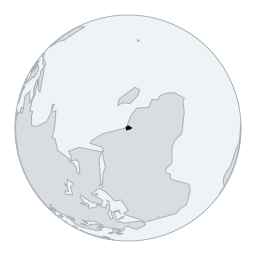 the Earth from above Tanga, rotated 212°
{"feature_id": "TZA-3395", "entity_name": "Tanga", "entity_type": "Region", "adm_level": 1, "iso_a3": "TZA", "parent_name": "United Republic of Tanzania", "parent_adm1": "", "projection": "orthographic", "projection_center": [38.386, -5.115], "detail": "fine", "context": "on_globe", "style": "filled", "palette": "ink", "viewbox_px": 256, "rotation_deg": 212, "n_neighbors": 0, "source": "natural_earth", "source_scale": "10m", "svg_char_len": 6845}
<svg xmlns="http://www.w3.org/2000/svg" viewBox="0 0 256 256"><g transform="rotate(212 128 128)"><circle cx="128" cy="128" r="113" fill="#eef3f6" stroke="#a8b0b8"/><path d="M15.6,120.0L15.5,124.3L15.4,127.4L15.5,127.9L15.5,129.9L17.8,131.6L20.4,135.9L21.3,142.7L21.1,151.2L25.3,168.2L26.1,174.6L29.3,181.4L35.1,191.7L30.6,184.6L26.6,177.2L23.3,169.4L20.5,161.5L18.3,153.4L16.7,145.1L15.7,136.8L15.4,128.4L15.6,120.0ZM58.1,216.4L58.4,216.5L58.6,216.8L58.1,216.4ZM156.8,19.1L157.0,19.2L165.4,21.8L173.5,25.0L181.4,28.8L188.9,33.2L196.0,38.2L202.7,43.7L209.0,49.7L214.8,56.2L214.9,56.6L212.5,53.6L213.9,55.7L216.2,58.5L216.9,58.9L219.2,62.5L223.2,68.1L226.6,73.9L229.4,82.6L228.0,84.2L228.5,86.1L226.4,83.3L225.9,86.5L231.6,98.8L232.2,102.1L230.3,107.3L229.9,104.8L224.5,97.4L225.1,105.2L229.3,112.9L230.7,121.4L228.3,118.0L226.5,110.6L224.6,107.8L224.0,100.9L220.2,90.4L217.5,91.6L216.6,87.6L211.0,79.0L206.6,80.7L200.4,90.1L201.4,100.4L198.4,104.7L190.3,89.2L187.0,79.4L183.9,80.1L175.7,71.8L161.1,70.7L159.2,68.3L156.3,69.3L150.6,66.9L147.8,63.2L144.3,63.4L151.9,73.4L155.7,73.3L159.1,69.6L160.5,73.2L166.1,76.8L159.3,85.6L137.8,93.7L136.0,86.0L121.5,66.4L122.1,64.3L122.1,64.0L121.9,63.6L120.2,67.1L117.9,63.5L125.2,76.7L126.3,82.7L137.5,94.2L136.3,95.4L140.0,97.8L152.3,95.0L152.3,97.7L146.3,109.9L129.6,127.1L132.0,139.1L131.2,149.5L121.3,156.5L122.8,164.7L117.7,167.7L117.8,172.4L114.0,177.5L107.6,182.5L96.1,183.1L95.0,178.9L88.5,170.9L79.4,151.6L81.9,142.5L80.7,135.7L72.4,121.4L74.2,113.2L72.1,110.0L67.7,111.2L65.3,107.5L62.7,107.7L46.7,112.6L42.2,108.2L37.7,94.0L40.8,87.6L42.0,80.9L64.1,56.6L68.1,57.1L84.8,52.9L86.7,53.5L84.0,58.2L95.8,63.3L100.6,59.1L112.1,61.9L120.2,61.7L124.5,53.0L111.2,53.1L109.6,49.1L120.9,45.5L132.7,46.1L132.4,44.6L125.6,41.3L129.0,38.8L123.4,40.0L125.2,41.4L121.7,42.4L119.8,41.2L121.1,40.2L117.7,39.7L112.6,44.8L113.9,46.8L104.7,48.1L105.9,51.8L103.2,53.6L100.0,48.3L100.8,46.2L94.5,41.3L92.8,43.4L98.7,48.4L96.6,48.1L94.3,51.6L94.3,48.7L88.4,43.3L80.5,45.4L69.3,54.9L64.9,56.3L61.8,55.2L67.0,46.5L76.2,44.5L78.2,41.9L77.3,38.9L80.2,38.7L80.9,37.4L84.5,36.8L90.5,33.3L94.3,32.6L97.6,29.1L99.9,28.4L97.3,30.6L97.5,32.0L107.0,31.2L109.1,30.4L110.5,28.3L112.9,28.6L113.0,26.7L118.9,25.9L111.8,25.4L113.3,23.5L117.3,22.1L116.5,21.5L109.9,24.0L108.4,25.1L109.2,26.0L104.0,29.7L100.5,30.5L101.1,26.9L96.3,27.8L98.9,25.0L115.2,19.4L121.6,18.6L130.0,20.5L128.0,21.4L123.9,21.0L126.8,22.9L127.0,22.0L129.0,22.4L130.9,21.1L132.4,21.4L131.6,19.9L133.7,20.1L134.2,21.0L138.7,19.9L143.3,20.3L143.6,20.0L142.6,19.5L149.1,20.7L149.0,20.4L146.9,19.8L145.4,19.0L145.2,18.2L147.4,18.6L147.8,19.0L151.9,20.7L152.6,21.9L153.5,22.0L153.5,21.1L148.4,19.0L147.7,18.4L150.4,19.3L149.3,18.9L149.7,18.8L152.1,19.2L149.3,18.2L149.9,17.5L156.8,19.1ZM55.8,67.9L55.0,69.8L55.8,67.9ZM144.7,51.8L152.0,52.5L149.4,47.2L152.0,47.2L150.1,45.6L149.1,46.9L144.7,42.6L148.1,41.5L147.5,39.5L145.0,39.2L139.6,42.1L145.9,48.0L143.9,50.0L144.7,51.8ZM81.7,32.0L82.6,32.4L80.7,33.9L76.0,35.7L78.6,33.4L81.7,32.0ZM84.3,32.8L86.2,29.2L89.2,28.3L87.2,29.3L89.0,29.1L86.2,30.8L87.2,33.8L85.7,35.4L77.7,37.2L81.2,35.6L80.1,35.1L84.3,32.8ZM85.8,24.7L86.7,23.9L92.1,22.7L90.7,23.6L85.8,25.2L84.7,25.1L85.8,24.7ZM114.6,16.2L114.8,16.1L111.6,16.6L112.0,16.5L109.3,16.9L106.8,17.5L105.4,17.7L105.0,17.8L103.3,18.2L102.2,18.5L99.4,19.2L97.9,19.7L97.5,19.7L95.7,20.5L95.8,20.2L93.5,21.0L94.6,20.8L82.2,25.1L80.7,25.8L88.9,22.4L97.3,19.6L105.9,17.5L114.6,16.2ZM89.4,51.6L91.0,51.7L93.6,51.3L92.3,53.7L89.4,51.6ZM85.2,47.9L86.7,47.5L86.0,50.3L84.4,50.4L85.2,47.9ZM88.1,45.0L86.8,47.3L86.5,46.1L88.1,45.0ZM98.8,30.2L100.5,29.8L100.4,30.3L99.2,31.1L98.8,30.2ZM118.7,16.6L117.7,16.5L118.4,16.4L118.5,16.0L120.9,15.9L121.7,16.0L118.7,16.6ZM121.9,54.4L119.3,56.1L118.2,55.3L119.3,54.9L121.9,54.4ZM104.8,54.6L108.5,55.6L104.4,55.3L104.8,54.6ZM121.3,16.4L121.1,16.2L122.4,16.3L121.3,16.4ZM122.6,15.8L124.3,15.8L121.2,15.8L122.6,15.8ZM165.8,206.5L166.5,208.1L164.8,208.1L165.8,206.5ZM150.8,148.0L143.5,166.3L138.1,166.3L136.9,160.9L139.4,149.7L145.7,146.7L148.7,141.8L150.8,148.0ZM237.6,145.0L238.0,146.1L237.9,146.6L237.6,145.0ZM237.3,142.6L237.9,143.4L237.0,143.6L237.3,142.6ZM238.1,143.7L238.7,143.4L239.0,142.8L238.8,143.9L238.1,143.7ZM236.7,142.2L232.8,139.7L230.9,137.5L231.6,135.7L234.7,137.6L236.7,142.2ZM231.5,135.6L228.3,128.9L221.9,111.8L224.2,112.6L230.5,123.6L230.1,125.2L232.1,130.2L231.5,135.6ZM238.2,128.9L237.8,133.7L235.9,132.0L234.9,130.6L234.2,123.8L234.6,120.9L235.5,121.4L237.7,112.5L238.7,115.8L238.4,119.7L239.1,124.6L238.2,128.9ZM201.9,101.5L204.7,108.1L202.9,108.9L201.9,101.5ZM237.5,106.0L237.3,109.7L237.1,104.4L237.5,106.0ZM236.7,100.7L237.2,103.1L236.5,100.5L236.7,100.7ZM229.5,89.1L228.5,89.2L228.0,87.6L228.8,86.6L229.5,89.1ZM229.1,79.0L231.0,83.4L231.5,84.8L230.2,81.8L229.1,79.0ZM141.3,17.0L138.5,17.4L138.0,18.2L140.2,19.0L135.9,18.3L136.6,17.1L141.3,17.0ZM148.8,17.3L148.6,17.3L147.3,17.0L148.8,17.3ZM146.0,16.8L146.9,17.0L143.1,16.4L142.7,16.3L146.0,16.8ZM132.1,15.7L131.1,15.8L130.1,15.7L132.1,15.7ZM223.8,187.2L218.7,191.0L218.6,189.1L221.0,185.9L225.7,175.0L225.9,175.5L228.7,168.5L233.1,164.5L237.1,155.1L236.8,157.2L236.9,156.9L234.5,164.8L231.5,172.5L227.9,180.0L223.8,187.2ZM238.4,147.1L239.3,144.0L238.4,147.1ZM240.4,133.9L240.4,135.2L240.4,133.8L240.4,133.9ZM240.4,134.9L240.4,134.6L240.5,133.5L240.5,134.0L240.4,134.9ZM239.5,126.1L239.7,129.5L240.2,128.3L239.8,130.5L239.8,136.3L239.5,138.0L239.6,131.8L239.0,137.4L238.8,137.0L238.9,131.8L239.4,126.2L239.6,124.1L240.4,124.7L239.5,126.1ZM240.6,127.9L240.6,129.7L240.6,125.8L240.6,123.7L240.6,124.5L240.6,127.9ZM240.0,116.6L239.2,111.9L239.0,112.8L238.9,108.5L239.7,113.6L240.0,116.6ZM238.5,107.2L238.4,108.0L238.2,105.4L238.5,107.2ZM238.1,106.6L237.5,103.8L237.9,104.6L238.1,106.6ZM238.7,107.6L237.8,103.1L238.4,106.1L238.7,107.6ZM236.0,97.6L237.6,102.9L236.4,99.8L233.9,91.1L234.2,91.4L236.0,97.6Z" fill="#d9dde1" stroke="#a8b0b8" stroke-width="1"/><path d="M128.1,126.0L128.4,126.3L128.6,126.4L128.7,126.5L128.9,126.7L129.1,126.8L129.4,127.0L129.6,127.1L129.6,127.3L129.6,127.5L129.4,127.6L129.5,127.7L129.5,127.8L129.4,127.8L129.5,127.9L129.5,128.0L129.4,128.0L129.3,128.3L129.3,128.2L129.3,128.5L129.2,128.6L129.2,128.8L129.0,129.0L128.9,129.3L128.9,129.5L128.6,129.6L128.4,129.7L128.3,129.8L128.2,129.8L128.0,129.7L127.9,129.7L127.7,129.6L127.4,129.4L127.3,129.5L127.2,129.5L126.9,129.5L126.7,129.6L126.8,129.6L126.7,129.7L126.3,129.5L126.3,129.4L126.2,129.4L126.0,129.6L125.9,129.7L125.8,129.8L125.7,129.8L125.6,130.0L125.6,129.9L125.5,129.7L125.4,129.7L125.6,129.3L125.7,129.2L125.8,128.9L126.0,128.7L126.0,128.3L126.0,128.2L126.3,127.8L126.4,127.7L126.5,127.7L126.6,127.8L126.8,127.8L127.0,127.7L127.2,127.8L127.3,127.8L127.3,127.7L127.2,127.5L127.2,127.4L127.2,127.2L127.3,127.1L128.1,126.0L128.1,126.0Z" fill="#0f172a" stroke="#020617" stroke-width="1.5"/></g></svg>